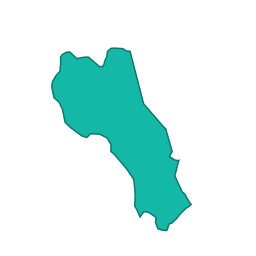 outline of Coubaril Estate, Soufrière, Saint Lucia, rotated 41°
{"feature_id": "8701671B11157561333534", "entity_name": "Coubaril Estate", "entity_type": "district", "adm_level": 2, "iso_a3": "LCA", "parent_name": "Saint Lucia", "parent_adm1": "Soufrière", "projection": "robinson", "projection_center": [-61.055, 13.847], "detail": "fine", "context": "isolated", "style": "filled", "palette": "teal", "viewbox_px": 256, "rotation_deg": 41, "n_neighbors": 0, "source": "geoboundaries", "source_scale": "gbopen_adm2", "svg_char_len": 1266}
<svg xmlns="http://www.w3.org/2000/svg" viewBox="0 0 256 256"><g transform="rotate(41 128 128)"><path d="M102.7,162.4L103.1,162.2L103.5,156.9L110.6,151.3L118.7,149.2L126.1,151.7L130.4,156.9L135.0,156.9L153.7,159.7L162.0,161.9L166.1,163.0L177.1,173.5L184.2,182.4L185.6,182.9L187.3,183.5L187.7,183.6L194.8,186.9L195.5,187.2L194.8,181.2L196.9,179.1L200.1,177.9L207.9,177.1L210.7,181.2L216.7,184.4L220.6,182.8L222.7,181.3L224.5,179.9L222.0,173.1L223.4,171.1L223.5,170.4L224.1,164.6L223.8,158.6L223.8,157.7L224.0,155.8L224.5,150.0L225.2,148.4L225.3,147.6L225.8,144.3L222.4,143.5L219.4,142.5L214.4,140.6L210.6,140.6L194.7,133.4L192.8,129.5L192.6,129.1L192.2,128.3L189.7,123.4L187.7,119.2L187.6,119.5L184.3,121.5L181.1,121.9L178.0,122.4L177.7,121.1L176.7,116.7L157.0,103.9L157.0,104.2L123.9,99.5L79.3,68.8L76.3,70.8L75.8,71.2L73.2,71.2L71.1,72.2L65.0,76.9L62.9,79.1L62.4,81.6L62.4,84.0L65.1,87.9L65.4,88.9L66.0,91.0L66.5,92.6L66.7,93.4L68.2,95.7L68.2,97.3L68.8,97.9L66.3,100.4L62.4,100.4L51.8,100.4L49.3,102.4L43.7,109.2L34.1,108.8L31.6,111.7L30.2,115.7L30.6,118.9L30.8,119.1L34.5,123.0L39.4,129.8L39.4,136.3L40.5,142.4L43.3,146.8L52.2,153.7L58.9,153.7L66.3,156.9L76.9,165.0L85.1,165.4L98.5,164.2L102.7,162.4Z" fill="#14b8a6" stroke="#0f766e" stroke-width="1.5"/></g></svg>